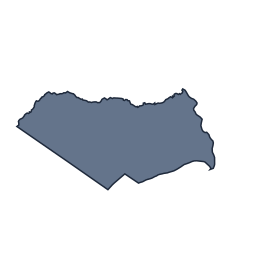 Cabixi, Rondônia, Brazil (orthographic projection), rotated 216°
{"feature_id": "56859067B41778865724378", "entity_name": "Cabixi", "entity_type": "district", "adm_level": 2, "iso_a3": "BRA", "parent_name": "Brazil", "parent_adm1": "Rondônia", "projection": "orthographic", "projection_center": [-60.622, -13.506], "detail": "fine", "context": "isolated", "style": "filled", "palette": "slate", "viewbox_px": 256, "rotation_deg": 216, "n_neighbors": 0, "source": "geoboundaries", "source_scale": "gbopen_adm2", "svg_char_len": 2704}
<svg xmlns="http://www.w3.org/2000/svg" viewBox="0 0 256 256"><g transform="rotate(216 128 128)"><path d="M106.7,191.8L106.6,190.3L105.3,189.9L104.7,188.3L105.2,187.3L105.5,185.9L106.6,186.0L107.0,184.7L108.6,184.6L109.6,184.1L110.4,182.7L110.2,181.5L109.3,181.0L109.6,179.6L110.6,179.8L109.9,178.6L111.9,178.3L112.6,176.6L112.9,175.2L114.1,173.2L114.1,171.7L114.3,169.9L115.1,168.5L116.1,167.4L117.1,166.4L118.3,165.9L119.3,164.3L120.0,162.9L121.1,164.0L121.6,162.1L122.8,161.3L124.1,160.9L125.4,160.1L127.8,157.6L129.3,158.3L130.2,157.1L129.3,156.0L129.5,154.9L130.5,153.6L131.6,152.7L131.8,151.4L132.2,150.5L133.2,150.9L133.8,149.9L134.9,149.6L136.0,149.6L138.3,149.5L139.5,148.9L141.1,149.7L142.8,150.8L144.3,150.0L145.4,150.4L146.7,149.6L147.0,148.2L148.0,147.8L149.0,148.6L150.4,148.2L152.6,146.9L154.1,146.0L155.4,145.1L156.6,144.4L157.4,143.8L157.9,142.7L160.2,142.2L161.0,139.6L161.5,138.5L162.6,138.6L164.7,138.5L165.3,137.3L165.9,135.8L165.6,134.1L165.8,132.0L167.6,130.6L168.9,130.5L170.1,129.7L171.6,128.4L172.5,127.2L174.4,126.5L175.3,125.6L176.5,125.7L177.8,125.6L179.6,124.8L180.8,124.1L181.9,124.6L183.0,123.6L186.4,123.3L187.2,122.6L188.8,122.8L190.4,123.4L192.3,123.6L193.3,123.1L194.8,122.6L196.1,122.2L198.4,122.0L199.1,119.8L200.7,118.7L201.1,117.5L202.2,116.4L203.1,115.9L203.7,114.8L205.4,113.0L206.4,113.2L208.1,113.2L209.2,112.2L209.3,111.1L210.8,110.5L212.2,110.7L213.3,110.6L214.3,108.6L214.6,107.2L215.0,106.1L214.7,105.2L214.9,103.8L215.9,102.3L215.6,101.4L216.1,100.6L215.9,99.1L216.1,97.2L217.1,96.4L218.1,96.1L218.1,95.0L217.8,93.4L217.0,91.0L216.3,90.1L216.2,88.7L216.2,87.2L216.7,85.8L216.1,84.9L216.0,83.5L217.2,83.1L216.7,82.2L217.0,81.3L218.4,80.8L219.0,79.2L219.3,77.6L219.0,76.5L219.1,75.4L219.1,74.2L219.7,73.0L220.5,71.6L220.7,70.0L220.5,68.9L219.2,67.7L218.1,66.2L218.8,63.9L167.9,65.1L155.9,65.4L108.0,66.3L107.3,72.7L106.8,75.4L103.6,89.0L87.1,89.6L86.3,90.9L84.6,93.1L83.0,96.4L82.2,97.6L80.5,99.7L79.2,101.5L77.7,104.6L76.8,105.9L76.1,107.8L75.0,109.3L73.5,110.9L72.3,112.4L69.7,114.9L68.8,116.3L68.0,117.3L65.7,120.3L64.2,123.3L62.4,127.7L61.1,131.5L59.5,133.7L57.9,136.1L57.0,137.7L56.4,138.7L55.1,140.3L53.1,141.9L46.9,145.4L45.7,145.7L39.6,145.0L37.2,144.1L37.2,142.7L35.3,145.5L36.0,148.2L36.6,149.6L40.6,155.0L42.7,156.5L45.5,158.0L47.8,160.8L49.0,163.8L50.2,166.1L51.7,167.4L53.8,167.7L56.3,168.5L58.7,170.2L61.8,170.8L63.0,169.6L65.1,169.4L67.2,170.2L70.4,172.7L71.6,175.0L73.2,178.7L76.1,179.3L79.7,179.1L81.2,179.3L83.3,180.5L85.2,181.0L86.4,182.3L86.6,184.9L86.2,187.3L86.8,188.8L88.9,189.6L91.5,189.9L92.8,189.7L93.8,189.3L96.7,189.2L98.2,189.6L101.9,191.3L104.0,192.1L106.7,191.8Z" fill="#64748b" stroke="#1e293b" stroke-width="1.5"/></g></svg>